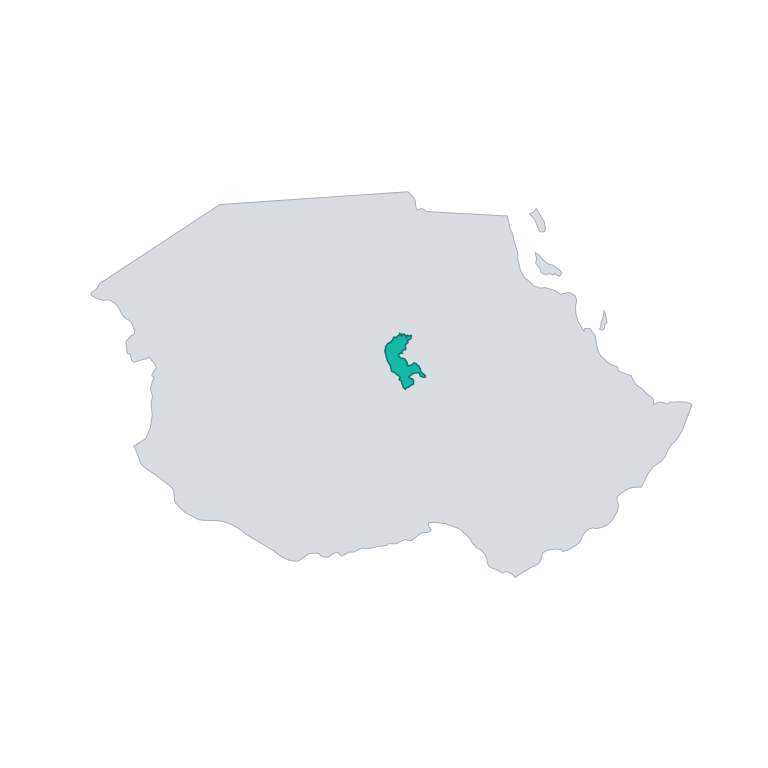 Bahi, Dodoma, United Republic of Tanzania (highlighted), rotated 327°
{"feature_id": "72390352B69303654086019", "entity_name": "Bahi", "entity_type": "district", "adm_level": 2, "iso_a3": "TZA", "parent_name": "United Republic of Tanzania", "parent_adm1": "Dodoma", "projection": "orthographic", "projection_center": [35.527, -6.167], "detail": "fine", "context": "in_parent", "style": "filled", "palette": "teal", "viewbox_px": 768, "rotation_deg": 327, "n_neighbors": 0, "source": "geoboundaries", "source_scale": "gbopen_adm2", "svg_char_len": 8816}
<svg xmlns="http://www.w3.org/2000/svg" viewBox="0 0 768 768"><g transform="rotate(327 384 384)"><path d="M298.3,520.9L291.0,517.1L284.5,514.9L279.1,512.3L276.7,509.8L271.6,508.9L267.3,508.5L263.2,506.1L254.9,505.3L254.0,503.8L253.8,500.3L252.4,499.4L249.4,498.6L246.1,498.6L244.1,499.2L243.0,498.9L240.3,496.9L237.7,494.3L236.7,490.2L232.9,487.6L228.5,485.5L216.4,485.8L214.5,485.2L211.6,483.1L208.2,479.7L205.4,475.8L203.0,470.4L200.4,463.2L186.2,434.5L184.7,429.0L181.9,423.0L177.4,415.6L172.6,410.1L166.1,405.2L158.8,400.3L154.8,396.9L147.2,383.4L145.6,377.1L144.4,370.5L144.8,367.8L149.4,359.3L149.8,356.9L149.2,353.7L146.9,346.9L143.9,338.7L137.8,323.8L136.9,320.1L137.0,317.2L140.3,302.0L140.3,299.9L154.3,300.0L164.4,293.2L173.2,283.2L175.0,279.0L178.6,272.6L182.1,269.4L183.5,267.2L185.5,260.8L190.2,256.5L194.7,253.1L193.7,250.8L194.4,249.9L196.9,248.2L201.7,246.6L202.6,243.3L202.6,239.5L201.8,237.4L202.0,235.0L201.2,233.6L198.1,233.3L193.3,231.5L189.4,230.7L186.7,229.6L185.7,228.8L185.3,226.6L187.5,220.7L185.3,218.4L190.1,208.7L191.0,207.5L192.8,207.4L195.6,206.3L198.2,205.8L200.3,206.2L201.9,205.8L203.3,204.7L204.4,201.4L205.4,195.9L204.8,191.5L202.8,188.1L202.2,182.8L203.1,175.8L202.5,170.0L200.2,165.3L197.9,162.6L194.4,161.3L188.8,154.2L187.1,150.8L187.4,148.7L189.3,147.7L192.9,148.0L196.2,147.2L199.2,145.2L202.3,144.6L203.8,144.9L344.2,144.1L508.4,235.6L509.1,236.7L510.4,244.6L510.1,247.2L507.6,251.8L506.8,254.2L506.8,255.8L507.4,256.5L509.5,256.7L511.4,257.8L512.1,258.6L513.4,262.1L515.2,263.8L577.3,309.1L578.7,309.8L577.8,313.5L574.2,322.7L574.0,326.5L572.6,331.0L571.3,333.9L567.6,346.8L564.6,351.6L560.4,362.8L559.7,371.5L562.0,377.5L562.8,383.2L567.5,388.8L571.3,390.8L573.9,393.3L578.4,399.2L581.0,405.0L589.2,407.9L592.4,414.5L591.2,418.9L587.3,422.6L583.7,428.6L580.8,436.5L580.6,448.6L582.6,446.8L586.9,449.8L587.3,458.7L582.8,469.1L581.3,473.9L581.1,478.1L584.2,490.5L589.1,496.8L588.7,498.8L587.4,500.5L595.7,511.7L594.8,521.4L597.9,529.0L599.2,535.6L601.2,540.6L601.5,544.1L598.9,547.9L605.0,548.9L608.6,552.1L610.2,555.1L614.6,555.0L617.0,557.1L620.4,558.8L627.9,564.0L629.9,566.5L631.1,568.9L610.0,584.7L602.4,588.7L597.0,590.6L591.2,591.6L585.7,594.1L580.5,598.0L573.9,599.9L565.8,599.9L557.3,602.6L543.9,610.7L536.2,606.1L530.1,604.6L523.1,604.8L518.9,605.3L517.3,606.3L516.0,609.1L514.8,613.6L510.2,618.0L502.1,622.2L494.7,623.8L487.9,622.7L483.3,620.9L480.9,618.4L477.4,617.3L472.7,617.5L468.3,619.2L464.0,622.5L457.2,623.9L447.8,623.5L442.8,621.9L442.1,619.1L438.0,615.9L430.5,612.2L425.0,612.1L421.4,615.7L418.2,617.9L415.3,618.8L412.6,618.9L408.8,618.0L398.5,617.6L388.7,617.7L387.7,612.6L385.6,609.5L383.9,607.6L380.5,607.2L379.5,605.7L378.4,602.6L376.7,599.9L374.5,597.6L373.2,595.5L372.7,593.6L373.0,591.5L375.1,586.2L375.7,582.6L375.5,579.0L374.4,575.2L372.0,570.7L372.3,569.4L371.5,566.3L371.4,564.2L371.8,561.5L371.4,558.0L369.3,550.5L369.3,548.6L367.2,544.9L360.6,536.3L360.3,535.2L350.0,526.6L345.9,524.7L344.4,526.3L343.8,527.8L344.3,530.6L344.0,532.0L343.6,532.6L341.2,532.5L339.7,532.2L335.7,529.9L332.7,529.3L325.2,529.8L322.6,530.3L320.5,529.8L316.5,525.8L311.8,525.0L307.6,524.8L300.7,520.3L298.3,520.9ZM590.5,376.3L593.8,385.9L593.4,387.7L591.0,388.8L589.7,388.9L588.2,387.3L587.2,384.1L585.4,384.8L582.3,381.0L579.2,380.8L576.5,376.2L577.6,372.2L577.0,365.3L580.4,361.9L582.3,356.0L584.4,360.0L584.9,366.3L587.7,373.7L590.5,376.3ZM607.3,319.6L607.6,321.8L606.9,324.0L607.0,330.7L606.7,335.2L604.1,341.5L602.0,343.7L600.1,343.0L598.6,342.0L597.5,340.2L599.9,328.8L598.8,320.5L603.5,321.3L607.3,319.6ZM599.3,457.3L596.9,457.8L596.0,457.3L594.6,455.4L597.1,453.8L599.6,450.7L605.4,446.2L608.2,442.6L607.7,446.2L604.4,453.9L601.6,454.4L599.3,457.3Z" fill="#d9dde1" stroke="#a8b0b8" stroke-width="1"/><path d="M422.0,351.2L421.6,351.2L421.3,351.4L421.0,351.4L420.8,351.4L420.1,351.8L420.0,352.0L419.9,352.1L419.8,351.9L419.5,351.7L419.2,351.4L418.8,350.9L418.4,350.5L418.0,350.3L417.7,350.0L416.8,350.6L416.4,351.0L415.0,351.8L414.6,351.9L413.6,352.1L413.2,352.3L412.6,352.4L412.4,352.5L412.1,352.5L411.4,352.7L411.2,352.6L410.9,352.2L410.7,352.3L410.0,352.2L409.9,352.2L409.6,352.2L408.7,352.4L408.3,352.6L407.9,352.7L407.5,352.9L407.2,353.0L406.9,353.1L406.7,353.2L406.3,353.4L406.1,353.5L405.8,353.6L405.6,353.6L405.5,353.9L405.4,354.0L405.3,354.3L405.2,354.4L405.2,354.5L405.1,354.9L405.1,355.0L404.9,355.0L404.7,355.2L404.5,355.4L404.4,355.5L404.2,355.6L404.0,355.9L404.0,356.0L403.9,356.0L403.7,356.0L403.6,355.9L403.4,356.1L403.2,356.1L403.1,356.3L403.2,356.5L402.9,356.8L402.5,357.1L402.5,357.3L402.5,357.6L402.4,357.6L402.2,357.9L402.0,358.4L402.0,358.6L401.8,359.0L401.7,359.7L401.7,360.5L401.5,360.9L401.3,361.1L401.1,361.4L400.9,361.6L400.8,361.8L400.7,362.9L400.6,363.2L400.4,363.5L400.3,363.8L400.2,364.7L400.1,365.1L400.0,365.3L399.9,365.5L399.7,365.8L399.5,366.1L399.5,366.9L399.5,367.1L399.4,367.4L399.5,367.7L399.5,367.9L399.4,369.0L399.3,371.0L399.3,372.1L399.3,372.4L399.2,372.7L399.0,373.4L398.7,374.1L398.2,375.0L397.9,375.6L397.6,376.1L397.5,376.4L397.4,377.1L397.4,377.3L397.6,377.7L397.6,377.9L397.7,378.5L397.9,378.7L398.3,379.0L398.8,379.2L399.0,379.3L399.1,379.5L399.1,379.9L399.3,380.5L399.5,380.9L399.5,381.2L399.6,381.7L399.6,382.0L399.7,382.5L399.8,383.3L400.1,383.5L400.3,383.8L400.3,384.2L400.4,384.4L400.6,384.5L400.9,384.8L401.0,385.1L401.0,385.5L400.9,386.2L401.0,386.8L401.0,387.3L400.9,387.6L400.6,387.8L400.0,388.0L399.5,388.3L399.2,388.4L399.1,388.5L399.1,388.8L399.3,389.3L399.9,390.3L400.0,390.5L400.3,391.0L400.1,391.6L399.9,391.8L399.6,392.3L399.5,392.5L399.3,392.8L399.0,394.1L399.1,394.9L399.1,395.2L399.0,395.6L398.8,396.2L398.4,397.0L398.3,397.3L398.3,397.5L398.7,398.5L399.0,400.0L399.9,399.7L401.0,399.5L401.5,399.8L402.2,399.8L402.7,400.0L403.7,400.0L404.0,399.9L405.1,399.7L407.3,399.9L407.8,399.9L408.7,400.0L409.2,399.4L409.4,399.2L409.8,398.6L410.2,397.9L410.5,397.5L410.6,397.2L410.7,396.7L410.6,396.1L410.7,395.7L410.7,395.4L410.4,395.0L409.8,394.6L409.4,393.8L409.1,393.5L408.9,393.3L408.8,393.1L408.7,392.9L408.7,392.5L408.7,392.3L408.7,392.0L408.7,391.5L408.8,391.4L409.0,391.4L409.5,391.4L410.1,391.3L410.3,391.3L410.7,391.4L411.2,391.4L411.7,391.2L412.4,391.2L412.7,391.1L413.0,391.1L413.3,391.1L414.2,391.2L415.1,391.4L415.9,391.6L416.1,391.7L416.5,391.9L418.3,392.9L419.0,393.3L419.3,393.5L419.6,393.7L419.6,393.9L419.4,394.4L419.1,395.3L419.1,395.6L419.1,396.1L418.9,396.9L418.8,397.2L419.0,397.5L419.4,398.2L419.6,398.3L419.7,398.5L420.5,399.3L420.9,400.0L421.1,400.2L421.3,400.4L421.8,400.6L422.2,400.7L422.4,400.6L423.3,400.0L423.3,399.9L423.0,399.3L422.8,398.7L422.8,398.4L422.8,397.8L422.7,397.2L422.3,396.4L422.3,396.2L421.9,395.3L421.9,394.4L421.7,393.8L421.9,393.0L422.5,391.6L422.7,391.1L422.6,390.7L422.7,389.5L422.8,389.2L423.0,387.7L422.9,387.6L422.7,387.4L422.6,387.2L422.4,386.6L422.4,386.2L421.9,384.9L421.9,384.4L421.9,384.0L420.8,382.8L420.6,382.7L420.0,382.5L419.8,382.6L419.6,383.0L418.8,382.9L418.1,383.0L417.4,383.1L417.0,383.0L414.9,382.2L414.6,382.0L414.1,381.7L413.9,381.6L413.9,381.3L413.9,380.5L414.0,380.5L414.6,380.2L414.7,379.7L415.0,378.9L415.0,378.4L415.2,377.2L415.1,376.7L414.9,376.0L414.9,375.8L414.9,375.2L414.9,374.9L415.1,374.7L415.1,374.3L414.8,373.8L414.5,373.6L414.4,373.5L414.1,373.1L413.9,372.8L413.7,372.5L413.5,372.4L413.2,372.4L412.6,372.1L412.4,371.9L412.3,371.7L412.2,371.6L412.0,370.8L411.9,369.7L411.7,369.2L411.5,368.8L411.5,368.6L411.5,368.2L411.7,367.9L411.8,367.9L412.4,367.5L412.6,367.5L413.0,367.3L413.7,367.2L414.4,367.1L414.5,367.1L415.6,367.8L416.1,368.1L415.9,367.1L416.0,367.0L416.4,366.7L416.9,366.3L417.7,366.3L419.2,366.1L420.7,367.0L421.4,366.2L421.9,365.1L422.1,365.1L422.2,364.9L422.4,364.4L422.5,364.0L422.8,363.7L423.0,363.2L423.2,362.9L423.3,362.8L423.5,362.7L423.6,362.8L424.3,362.6L425.3,362.6L425.7,362.5L426.9,362.2L427.0,360.9L427.2,360.6L428.0,360.5L428.2,360.3L428.2,360.1L428.7,360.2L429.3,360.4L429.6,360.6L430.2,360.7L430.5,360.6L430.8,360.5L431.5,360.4L431.8,359.7L432.1,359.4L432.3,359.1L432.6,358.9L433.2,358.6L433.3,358.5L433.3,358.3L433.2,358.0L433.1,357.9L432.7,357.8L432.3,357.7L432.2,357.8L431.8,357.6L431.2,357.5L431.0,357.4L430.8,357.2L430.7,356.9L430.4,356.0L430.2,355.9L430.0,356.0L429.8,356.0L429.6,356.2L429.5,356.3L429.0,356.7L428.4,357.2L428.1,357.5L428.1,357.0L428.2,356.1L428.4,355.5L428.5,355.1L428.3,354.2L428.2,353.9L428.1,353.6L428.0,353.2L427.8,352.9L427.4,352.6L427.2,352.6L427.0,352.8L426.4,353.3L426.2,353.5L425.7,353.6L425.3,353.5L425.0,353.2L424.7,353.1L424.6,352.8L424.7,352.6L425.3,352.2L425.5,351.9L425.8,351.7L425.9,351.4L425.8,351.2L425.7,351.2L425.2,351.2L424.6,350.8L424.5,350.6L424.4,350.5L424.4,350.4L424.2,350.6L423.8,351.2L423.7,351.3L423.3,351.3L423.1,351.3L423.0,351.2L422.7,351.2L422.4,351.0L422.0,351.2Z" fill="#14b8a6" stroke="#0f766e" stroke-width="1.5"/></g></svg>